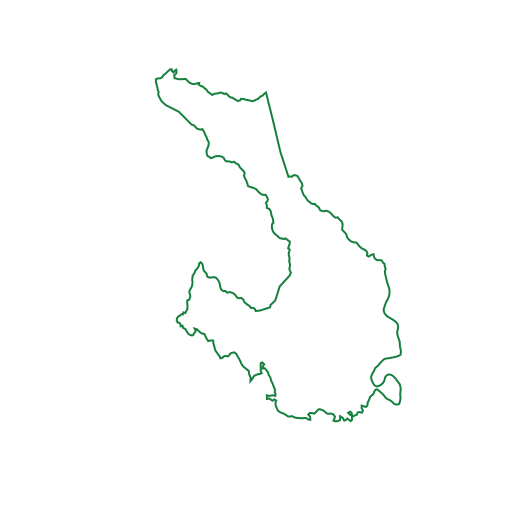 Canoinhas, Santa Catarina, Brazil (Equal Earth projection), rotated 146°
{"feature_id": "56859067B63837267394953", "entity_name": "Canoinhas", "entity_type": "district", "adm_level": 2, "iso_a3": "BRA", "parent_name": "Brazil", "parent_adm1": "Santa Catarina", "projection": "equal_earth", "projection_center": [-50.514, -26.306], "detail": "fine", "context": "isolated", "style": "outline", "palette": "green", "viewbox_px": 512, "rotation_deg": 146, "n_neighbors": 0, "source": "geoboundaries", "source_scale": "gbopen_adm2", "svg_char_len": 6060}
<svg xmlns="http://www.w3.org/2000/svg" viewBox="0 0 512 512"><g transform="rotate(146 256 256)"><path d="M153.8,177.7L154.5,179.3L154.2,181.9L155.8,183.5L158.0,184.9L158.9,187.5L158.4,189.7L157.6,191.9L160.5,192.5L162.9,192.5L163.7,194.3L162.0,196.2L161.7,198.4L162.5,200.5L163.5,202.1L164.2,203.7L164.9,206.4L165.2,211.0L167.5,212.8L169.2,215.2L169.9,218.5L170.0,220.6L168.9,223.7L169.4,227.0L170.0,229.4L166.3,234.1L165.6,236.8L166.3,239.0L166.6,242.3L168.7,243.3L169.4,245.3L170.2,250.1L170.8,252.0L172.4,254.2L174.3,254.9L175.8,256.0L177.2,258.0L176.8,261.3L177.9,264.1L178.1,266.4L179.7,267.2L180.9,268.8L181.2,270.6L182.1,272.6L182.2,274.9L182.0,277.1L182.4,279.5L181.9,282.1L180.8,286.8L178.1,288.3L177.2,291.0L177.3,293.6L177.0,296.4L176.9,299.2L178.5,301.3L180.2,302.0L181.9,301.6L183.4,303.0L184.8,303.5L177.7,328.3L166.4,358.2L156.3,385.9L158.5,385.9L160.8,385.2L162.6,385.7L166.7,385.1L168.3,385.6L170.5,385.7L172.6,386.5L175.3,389.6L176.8,390.9L178.1,392.7L180.5,394.7L182.3,393.9L184.3,394.6L185.7,397.3L187.1,400.5L188.6,402.0L189.3,404.4L189.8,407.4L191.8,408.1L192.6,409.8L194.4,411.6L196.9,412.2L198.5,413.2L200.2,413.8L202.3,414.0L203.0,416.5L204.0,418.5L204.1,421.6L205.5,426.2L206.9,428.4L207.7,430.1L206.4,431.2L208.2,432.1L211.0,432.9L212.8,434.6L214.3,437.0L215.3,442.1L220.0,444.9L221.7,446.2L224.0,449.0L222.7,451.7L220.9,451.7L219.2,452.6L218.0,455.0L220.0,455.1L221.7,454.3L222.3,456.2L221.5,458.0L222.9,458.8L229.7,457.7L232.1,457.6L233.8,456.6L236.1,456.9L238.1,458.1L240.1,458.5L241.8,456.0L242.3,453.9L243.2,452.3L243.6,450.4L244.5,448.8L245.1,446.3L246.8,444.5L247.4,441.7L247.7,436.9L246.4,431.5L239.3,418.7L235.9,400.9L234.3,399.0L233.7,394.5L231.4,391.8L229.5,391.2L229.6,388.0L230.4,384.3L230.6,381.9L231.3,379.9L231.5,376.7L233.3,374.4L238.1,371.0L239.6,368.5L240.3,365.9L239.2,364.2L238.7,362.3L236.4,361.7L234.0,361.4L232.0,360.4L230.2,359.1L228.8,357.5L227.9,355.6L228.2,353.6L227.9,351.3L225.4,349.5L223.6,347.1L221.5,346.4L220.8,343.9L219.4,341.7L219.8,338.5L218.7,332.9L219.4,330.5L221.1,329.3L221.6,327.0L222.0,323.5L222.8,320.4L223.5,318.7L222.3,316.5L220.3,314.3L218.5,311.3L218.3,309.2L217.8,306.4L216.9,304.0L215.8,302.6L213.8,301.4L213.9,298.6L214.5,296.2L215.8,295.2L218.1,294.5L218.5,292.2L220.2,289.9L218.6,287.5L218.9,284.3L220.4,281.2L221.0,278.0L223.0,273.7L224.8,273.5L226.6,271.3L227.7,268.9L228.2,266.6L228.1,264.4L227.3,261.6L226.7,258.9L226.0,257.0L224.6,255.9L223.5,254.5L221.8,254.2L219.9,249.0L221.5,247.1L225.0,244.5L224.5,242.3L226.9,240.4L228.3,238.5L229.4,235.4L231.5,233.0L232.4,230.1L233.8,228.3L235.2,227.2L236.0,225.4L236.4,222.6L238.9,221.0L253.4,217.5L263.8,209.2L265.4,208.2L271.2,207.3L273.1,205.6L283.4,208.6L287.0,210.6L286.6,212.6L287.4,214.8L289.2,215.6L289.3,218.0L290.5,221.0L291.5,224.3L290.9,226.9L291.6,229.4L293.4,230.3L294.9,231.9L295.0,235.6L295.9,238.2L297.0,239.8L298.5,241.1L300.4,241.7L301.1,244.3L302.7,245.1L303.5,247.4L303.1,250.0L302.1,252.0L301.1,254.7L300.9,258.1L301.5,260.9L303.9,262.7L306.4,263.8L307.9,265.9L307.0,268.8L307.1,271.1L307.5,273.1L306.8,275.0L305.5,277.6L305.0,279.5L305.3,281.7L307.2,281.7L308.6,279.9L312.7,278.1L314.5,277.9L316.3,276.4L317.9,275.7L319.3,275.3L322.3,271.9L323.0,270.1L325.2,267.5L326.6,266.4L330.2,264.6L331.4,263.5L332.9,259.4L335.8,257.1L337.8,257.6L339.2,255.7L340.7,252.9L342.7,250.2L344.8,249.3L346.4,248.3L347.7,249.8L349.0,248.4L350.6,249.4L352.1,249.1L354.4,249.3L356.4,248.5L357.8,246.8L358.2,244.6L356.9,243.5L356.8,241.4L357.8,239.9L355.9,239.2L356.7,237.4L355.5,235.2L355.6,229.1L354.8,227.5L353.5,225.9L352.1,225.6L350.8,226.5L349.3,226.8L347.9,227.7L347.5,230.2L346.0,228.3L345.1,224.3L344.0,221.7L342.4,220.3L343.2,215.1L343.2,212.1L340.8,211.4L338.8,209.9L340.1,207.5L342.5,200.5L342.4,194.8L342.2,192.8L342.8,191.1L340.8,190.4L338.7,190.8L336.8,189.9L335.5,188.6L333.9,188.6L332.1,189.5L330.1,189.2L327.9,188.2L327.1,185.9L327.4,183.2L327.4,180.9L327.9,177.1L328.4,174.8L328.4,171.8L326.3,164.8L327.9,161.4L328.5,158.1L330.5,155.4L327.3,156.4L325.2,157.5L323.2,157.5L321.2,157.1L318.9,156.1L316.8,155.7L316.4,158.1L315.1,159.9L313.5,162.5L311.7,164.6L310.3,164.2L309.8,161.6L312.0,160.7L313.3,158.9L311.4,157.9L311.1,152.8L312.0,150.4L312.0,147.2L313.1,144.6L313.4,141.9L315.2,134.0L316.7,132.6L316.9,130.6L318.3,129.2L319.8,131.1L323.5,132.7L324.9,134.4L326.8,131.3L324.6,130.3L323.2,126.8L320.9,126.8L320.1,124.9L321.8,123.6L322.9,121.9L323.5,120.2L324.3,115.5L323.4,113.0L321.2,109.8L320.2,107.8L319.2,105.1L317.5,103.8L315.9,103.3L313.6,99.7L308.8,95.9L306.6,94.7L304.8,93.3L303.9,90.8L302.5,89.9L301.0,92.5L301.3,95.4L299.1,95.7L297.3,94.5L296.0,92.8L293.7,93.0L290.1,93.9L288.7,93.3L286.5,90.1L285.1,85.4L283.6,84.3L281.9,83.5L280.5,81.6L280.4,78.7L282.2,77.1L283.8,76.2L282.4,74.3L280.2,73.4L278.1,73.0L276.9,74.5L275.9,76.1L274.6,73.4L274.9,70.2L272.8,69.8L271.3,70.1L270.5,68.3L269.9,66.2L268.1,66.4L265.7,70.1L264.7,68.6L263.3,68.6L261.4,68.0L259.3,69.4L257.3,68.6L255.9,66.9L254.0,67.8L253.4,71.0L252.0,72.9L249.5,69.5L247.8,69.5L246.6,70.5L245.5,71.9L241.8,74.1L240.4,75.4L236.6,75.8L234.8,76.5L232.9,78.0L231.5,78.3L230.1,77.7L228.4,71.8L228.0,69.5L227.7,66.0L227.2,64.1L225.8,61.9L224.7,59.2L224.2,56.4L222.8,54.3L220.3,53.2L218.1,54.8L216.3,56.6L215.3,58.0L213.5,61.1L210.5,64.7L209.2,67.1L208.5,69.8L208.9,76.7L209.3,79.2L210.2,81.5L212.0,83.6L213.6,83.9L215.0,83.9L216.8,83.2L219.6,80.7L221.8,79.7L223.9,79.4L226.6,79.5L228.8,80.3L230.1,82.5L230.1,85.0L229.4,89.0L228.4,91.2L226.4,92.8L222.8,94.6L219.9,96.4L216.1,96.9L212.7,97.9L209.2,98.6L207.3,98.8L205.5,98.3L203.3,97.1L197.7,94.7L195.4,93.9L193.1,93.4L191.4,93.3L189.3,95.6L186.8,101.3L184.8,104.6L182.9,111.5L181.2,114.4L179.6,115.7L178.1,117.3L176.9,119.5L176.6,121.5L177.1,124.0L178.6,127.7L180.6,131.7L181.2,133.5L181.5,136.6L180.4,139.9L178.8,141.4L173.7,145.2L171.7,146.0L168.1,148.4L166.0,150.7L164.8,152.5L163.9,154.1L163.2,156.3L162.3,160.1L159.0,168.8L157.7,171.3L155.8,172.8L154.9,175.7L153.8,177.7ZM265.7,70.1L266.9,72.0L267.3,74.4L264.9,74.2L264.5,72.0L265.7,70.1Z" fill="none" stroke="#15803d" stroke-width="2"/></g></svg>